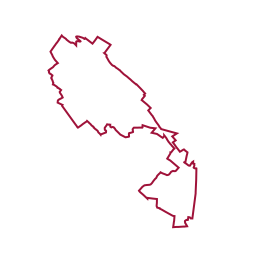 outline of Perieni, Vaslui, Romania, rotated 321°
{"feature_id": "2599482B28911022909883", "entity_name": "Perieni", "entity_type": "district", "adm_level": 2, "iso_a3": "ROU", "parent_name": "Romania", "parent_adm1": "Vaslui", "projection": "orthographic", "projection_center": [27.615, 46.258], "detail": "fine", "context": "isolated", "style": "outline", "palette": "rose", "viewbox_px": 256, "rotation_deg": 321, "n_neighbors": 0, "source": "geoboundaries", "source_scale": "gbopen_adm2", "svg_char_len": 5741}
<svg xmlns="http://www.w3.org/2000/svg" viewBox="0 0 256 256"><g transform="rotate(321 128 128)"><path d="M121.1,238.8L139.3,221.5L140.3,220.3L148.2,211.4L154.6,203.8L155.5,202.7L155.4,202.6L155.6,202.3L155.5,202.2L154.5,201.3L154.1,200.4L154.1,200.1L154.3,200.0L156.0,198.9L156.5,198.1L157.0,197.6L156.2,196.6L157.5,195.1L156.5,195.0L154.2,195.6L153.0,196.1L152.8,196.2L152.3,196.0L152.2,195.9L152.1,196.0L151.7,195.6L151.4,195.0L150.7,191.9L150.5,191.7L150.1,190.1L150.3,190.0L150.7,190.3L150.9,190.3L151.5,190.3L156.4,186.3L157.4,185.6L158.8,184.5L158.9,184.3L158.7,184.0L158.6,183.0L158.2,181.7L158.2,180.9L158.0,180.3L158.0,179.9L157.6,179.7L154.5,179.3L153.4,179.1L153.5,176.4L153.5,173.3L153.7,170.4L153.8,167.4L157.3,167.6L157.1,162.4L162.6,163.0L153.1,149.7L153.2,149.4L153.2,148.3L153.2,147.6L153.2,147.2L153.1,146.9L153.3,146.3L153.5,144.8L153.6,141.9L153.8,139.3L154.3,136.8L154.5,135.1L154.5,134.9L154.7,134.3L154.6,133.0L154.8,127.1L158.2,126.7L157.6,121.8L156.4,115.8L156.2,114.9L156.8,114.7L157.0,114.5L161.3,113.6L161.2,112.2L163.0,112.0L162.9,110.1L162.9,108.6L162.7,105.9L162.1,99.3L162.0,99.1L161.7,99.1L161.4,97.5L161.3,97.1L160.7,94.1L160.4,91.6L160.2,90.9L159.6,87.4L158.6,83.7L158.4,82.2L158.3,81.2L158.2,80.6L158.0,79.2L158.0,78.9L158.1,78.4L157.7,77.2L157.2,75.1L156.8,74.1L156.6,73.2L156.6,72.5L156.2,71.0L155.7,70.5L155.2,68.8L155.1,65.7L155.3,63.5L155.8,60.8L156.0,59.1L156.2,58.8L156.8,58.5L157.2,57.8L156.7,54.8L157.0,54.9L157.4,54.8L166.8,52.4L166.5,51.3L166.1,50.2L163.4,42.8L161.7,38.0L157.4,39.2L153.5,40.1L152.1,34.2L151.6,32.3L151.4,31.2L150.4,31.5L150.2,31.4L149.7,29.6L147.5,26.2L146.1,24.8L145.4,24.4L145.2,24.4L145.1,24.5L145.1,25.0L144.9,25.3L144.8,25.7L144.8,26.2L145.7,30.5L145.6,30.8L145.4,30.8L144.9,30.5L144.1,29.4L143.7,29.0L142.7,28.3L142.1,28.3L139.7,31.2L139.5,28.7L139.3,28.0L138.9,27.3L138.3,26.4L137.8,26.1L137.4,26.0L137.3,25.9L136.6,24.0L135.8,20.5L135.9,19.9L135.7,19.0L134.9,16.4L134.7,15.2L134.7,14.4L131.5,15.4L130.5,15.6L130.5,15.8L130.2,15.9L126.4,17.0L126.0,17.0L124.5,17.4L122.9,17.9L122.6,17.9L122.0,18.1L118.4,19.1L117.2,19.5L116.7,19.6L115.8,19.9L115.4,21.7L115.1,23.5L114.8,24.3L114.6,25.2L114.5,25.6L114.1,28.8L114.1,29.6L114.3,33.4L111.5,33.1L110.2,33.1L108.2,33.5L107.3,33.5L106.6,33.4L105.1,33.3L103.4,33.2L102.4,33.3L102.3,34.2L102.2,34.4L102.0,34.6L101.9,34.9L101.5,35.2L101.5,35.3L101.5,35.7L101.4,36.1L101.5,36.2L101.5,36.7L101.6,36.8L101.9,37.2L101.9,37.7L102.1,38.2L102.1,38.7L102.3,39.1L102.4,39.6L102.2,39.8L101.8,39.8L101.1,40.2L100.8,40.3L100.6,40.5L100.3,40.5L99.8,40.8L99.7,41.4L99.8,41.6L99.4,42.3L99.3,43.4L99.1,43.8L98.8,44.6L98.6,45.1L98.4,45.9L98.0,46.0L97.6,46.8L97.1,47.0L97.5,47.7L97.9,48.4L98.0,49.0L98.2,49.5L98.3,50.0L98.6,50.6L98.7,51.4L98.8,51.9L98.6,52.1L98.7,52.3L98.6,52.5L98.9,53.0L99.1,53.2L99.3,53.7L99.3,54.3L99.4,54.6L99.6,54.8L99.7,55.3L99.7,55.6L99.9,56.4L97.6,57.0L97.3,57.7L97.2,58.4L97.1,60.2L96.8,61.9L96.7,62.2L96.4,63.2L94.5,62.9L92.4,62.4L91.5,62.5L91.1,62.4L90.8,62.5L90.7,62.6L89.3,64.0L91.6,68.8L91.0,68.9L90.9,69.0L90.7,69.3L90.7,69.5L89.7,87.3L89.4,92.7L89.4,93.8L89.3,94.3L89.2,95.6L89.3,96.2L93.2,96.5L95.4,96.5L96.6,96.6L98.3,96.7L99.8,96.9L100.3,96.8L100.6,96.7L100.7,97.2L100.7,97.5L101.0,98.8L101.0,99.8L101.3,101.3L101.3,102.5L101.3,103.1L101.6,104.3L101.8,104.8L101.7,104.9L101.9,106.2L101.8,106.3L101.8,106.7L101.7,106.7L101.8,107.3L101.8,107.8L102.1,108.5L102.2,109.4L102.3,109.7L102.3,110.0L102.5,110.3L102.6,111.3L102.4,111.9L102.3,112.2L102.2,112.9L102.3,113.4L102.5,114.6L102.5,116.1L102.8,115.9L103.1,115.9L104.1,116.3L108.1,117.6L108.8,116.9L109.2,116.4L109.2,116.0L108.9,115.4L108.9,114.8L109.7,113.6L110.1,113.2L112.8,112.5L114.1,112.0L115.1,113.3L115.4,113.5L115.5,113.5L115.4,113.4L115.5,113.4L115.7,113.6L116.1,114.4L116.1,114.5L115.5,115.3L115.1,115.8L115.4,117.0L116.7,117.5L117.3,118.4L117.4,118.9L117.3,119.1L117.4,119.3L117.4,120.1L117.4,120.5L117.2,121.4L117.2,122.0L117.6,125.3L117.9,128.4L118.0,128.5L118.4,129.5L118.8,130.4L120.0,133.2L120.3,133.7L123.2,135.3L123.4,135.3L123.5,135.2L124.8,133.4L125.0,133.1L125.6,132.7L125.8,132.7L126.8,133.3L129.3,134.3L129.5,134.2L130.8,131.9L132.6,131.4L132.8,131.5L134.7,133.0L137.9,135.5L139.3,136.7L139.6,136.7L140.4,135.7L141.1,135.0L145.4,141.7L149.1,145.5L143.4,146.6L146.8,150.9L148.1,155.4L148.8,157.5L150.8,157.1L151.2,156.9L151.5,156.5L151.5,158.1L151.4,160.3L151.1,161.8L150.8,164.6L150.9,165.0L150.8,166.6L151.0,167.9L150.9,169.5L151.0,170.2L151.0,170.5L151.1,172.3L151.1,173.2L150.0,173.2L146.6,174.0L146.2,174.0L145.6,173.6L145.3,174.1L144.8,174.5L140.9,175.9L139.2,176.5L139.4,177.2L140.4,179.9L142.4,190.7L141.2,190.9L138.0,191.4L137.7,191.3L136.7,190.6L136.4,190.3L136.0,189.7L134.6,189.3L133.8,189.2L132.1,189.7L130.8,189.9L130.3,189.9L129.4,189.6L128.6,189.1L127.8,187.5L126.2,184.8L125.4,182.9L124.5,183.2L123.2,183.2L120.7,183.5L118.4,184.6L117.2,184.6L115.2,185.0L114.3,185.2L111.9,185.9L110.2,186.1L109.9,186.0L109.2,185.8L108.3,185.2L106.7,184.1L105.2,183.2L104.7,182.9L102.5,182.8L101.9,182.8L101.0,183.0L100.3,183.1L98.6,183.4L97.1,183.6L97.0,184.3L97.1,185.6L97.8,189.4L98.6,195.2L99.2,194.6L102.9,198.5L105.8,201.4L103.2,204.5L101.8,205.9L101.1,206.7L101.0,207.2L100.6,208.3L101.8,209.8L102.0,210.1L101.8,210.2L101.8,210.4L102.8,212.5L104.6,217.2L107.4,224.1L107.9,224.9L108.7,225.7L105.4,229.2L104.3,230.1L103.5,230.9L100.7,233.5L103.0,235.1L105.2,236.8L109.2,239.6L109.7,240.1L110.0,240.2L110.7,240.7L112.1,241.6L112.2,241.2L112.7,237.7L113.4,236.5L113.8,236.1L114.6,236.1L115.6,236.2L115.7,236.3L115.8,236.5L116.0,236.7L116.7,237.1L118.7,235.3L118.8,235.2L119.3,235.8L119.6,236.1L119.8,236.3L119.8,236.9L120.0,237.5L119.9,237.8L120.3,238.2L120.6,238.3L121.1,238.8Z" fill="none" stroke="#9f1239" stroke-width="2"/></g></svg>